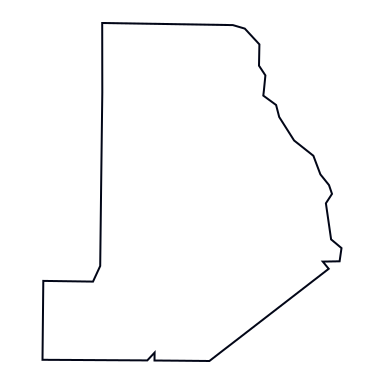 Monroe, Georgia, United States of America (Equal Earth projection)
{"feature_id": "52423323B60708151075896", "entity_name": "Monroe", "entity_type": "district", "adm_level": 2, "iso_a3": "USA", "parent_name": "United States of America", "parent_adm1": "Georgia", "projection": "equal_earth", "projection_center": [-83.869, 33.025], "detail": "fine", "context": "isolated", "style": "outline", "palette": "ink", "viewbox_px": 384, "rotation_deg": 0, "n_neighbors": 0, "source": "geoboundaries", "source_scale": "gbopen_adm2", "svg_char_len": 534}
<svg xmlns="http://www.w3.org/2000/svg" viewBox="0 0 384 384"><path d="M102.2,23.0L102.3,92.6L101.1,188.8L100.2,266.0L93.0,281.6L43.3,280.9L42.5,359.8L147.3,360.4L154.6,352.6L154.5,360.5L178.5,360.7L209.4,361.0L223.2,350.3L229.6,345.4L328.7,268.8L322.8,261.6L339.6,261.3L341.5,248.1L331.1,239.4L325.9,203.3L332.0,193.9L329.0,185.1L320.4,174.4L313.4,155.8L294.1,140.5L279.2,117.0L276.1,105.0L263.3,95.6L263.9,90.5L265.4,75.4L259.0,65.7L259.4,44.4L244.8,28.6L232.9,25.1L102.2,23.0Z" fill="none" stroke="#020617" stroke-width="2"/></svg>